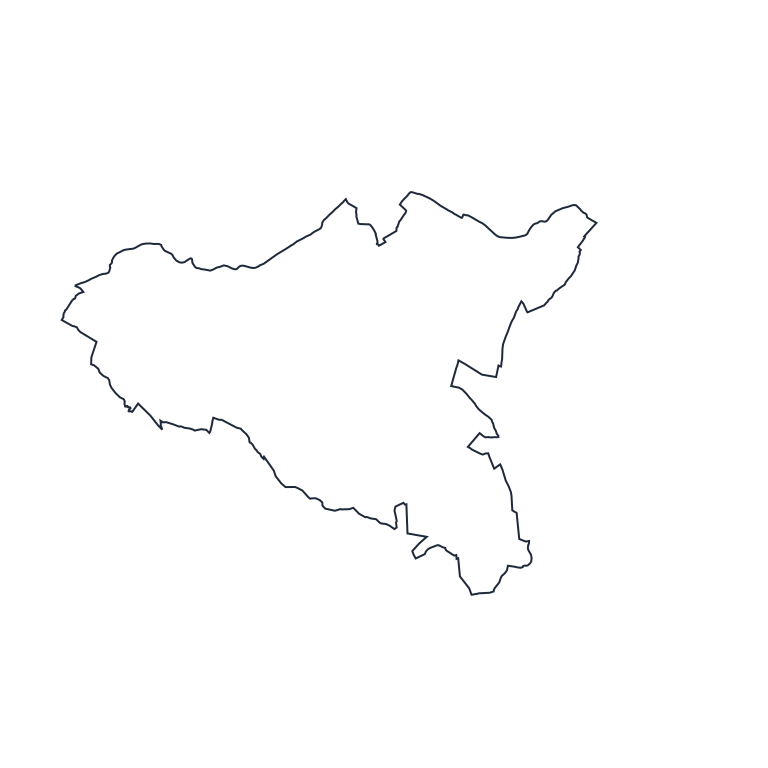 outline of Cenade, Alba, Romania, rotated 244°
{"feature_id": "2599482B32969381521315", "entity_name": "Cenade", "entity_type": "district", "adm_level": 2, "iso_a3": "ROU", "parent_name": "Romania", "parent_adm1": "Alba", "projection": "robinson", "projection_center": [24.001, 46.05], "detail": "fine", "context": "isolated", "style": "outline", "palette": "slate", "viewbox_px": 768, "rotation_deg": 244, "n_neighbors": 0, "source": "geoboundaries", "source_scale": "gbopen_adm2", "svg_char_len": 6166}
<svg xmlns="http://www.w3.org/2000/svg" viewBox="0 0 768 768"><g transform="rotate(244 384 384)"><path d="M607.9,150.1L607.2,149.6L604.3,152.2L602.8,153.1L598.5,154.1L599.1,149.6L598.3,145.5L596.4,144.0L596.3,143.3L596.5,143.0L596.5,142.5L595.7,140.1L590.3,131.3L590.0,130.5L589.9,129.6L588.9,128.8L587.9,127.2L586.2,125.9L584.5,125.1L582.8,122.4L572.7,129.4L571.6,131.0L569.5,132.8L566.4,133.0L563.7,133.9L547.9,144.1L536.3,132.7L530.1,129.4L527.6,131.8L522.7,133.9L519.0,133.5L514.2,135.4L510.3,138.4L507.9,138.7L503.5,137.4L499.9,137.4L493.7,138.7L487.8,140.8L484.6,143.3L482.9,143.5L481.7,143.2L480.1,142.1L477.2,141.5L476.6,142.5L477.0,143.3L476.7,143.8L475.3,143.8L474.4,145.5L473.9,145.6L473.1,145.3L473.0,144.1L471.7,142.6L471.0,142.9L470.5,144.6L469.3,145.5L474.2,154.4L458.2,160.1L445.9,162.8L440.1,164.7L444.6,165.1L446.3,166.1L449.0,167.0L446.5,168.4L445.2,171.5L440.4,176.6L435.4,181.3L435.3,182.1L434.7,183.2L432.1,185.5L429.0,190.1L426.9,192.2L425.1,193.5L423.5,199.9L420.7,204.2L416.6,205.5L417.4,206.9L423.9,212.3L425.6,213.3L428.5,215.8L424.2,220.0L423.0,222.4L409.2,232.5L406.6,235.7L405.1,236.0L399.0,238.4L394.7,239.0L390.9,237.7L390.1,237.8L389.8,238.4L387.3,239.3L382.4,239.6L381.0,240.2L378.0,240.7L375.5,242.1L372.4,241.9L369.6,242.9L370.8,243.6L371.3,244.3L354.2,247.0L348.7,246.2L339.7,248.1L334.5,250.3L330.5,258.8L328.8,260.4L324.1,263.9L315.7,266.3L313.3,267.3L312.8,269.2L311.2,272.6L307.9,275.3L304.6,276.6L301.6,275.4L297.8,276.5L291.6,284.3L290.6,290.3L289.5,291.4L289.2,292.5L286.7,297.9L286.2,302.1L278.4,304.7L272.4,308.8L272.0,310.3L269.0,313.1L266.0,317.6L261.1,319.4L260.1,320.1L257.3,324.4L254.1,327.0L249.0,329.8L249.5,332.5L254.0,334.0L255.3,335.4L265.8,338.0L268.8,340.6L268.7,349.4L266.5,349.9L266.1,351.4L239.4,339.6L227.9,355.4L225.1,345.3L221.4,336.2L217.6,335.8L213.3,336.0L213.2,346.1L215.1,348.3L216.2,350.8L216.4,353.9L215.8,360.7L215.3,362.3L211.1,365.6L209.9,367.2L208.3,366.8L206.7,367.2L199.0,371.9L198.6,374.0L195.0,372.6L194.9,374.3L177.8,367.9L163.0,371.0L156.2,370.3L155.2,373.5L155.2,374.3L154.6,375.1L154.4,377.2L150.0,387.6L149.5,391.6L150.8,392.5L152.1,394.2L155.0,400.4L158.9,404.4L159.9,405.9L160.8,409.3L162.2,412.1L162.9,413.0L166.3,415.7L162.6,421.2L160.4,423.9L158.8,426.6L158.7,428.6L159.3,429.0L159.3,430.3L159.1,431.0L158.3,432.2L158.0,433.3L158.1,434.5L158.9,436.9L160.0,438.6L163.1,440.5L166.5,441.3L171.4,440.9L173.6,441.4L176.2,443.2L176.9,444.2L179.3,445.6L180.0,443.1L180.5,442.1L185.4,437.6L210.0,446.7L214.1,443.9L227.9,449.7L231.5,450.7L237.3,451.2L243.9,451.1L255.1,452.9L260.4,453.2L260.8,453.2L260.8,452.9L259.6,445.9L272.6,446.8L276.0,447.3L277.1,444.7L277.2,442.1L277.7,441.4L279.4,439.8L286.4,434.4L288.5,433.4L290.7,431.8L297.9,448.4L293.4,450.5L291.6,451.8L290.6,454.4L288.9,457.0L287.8,460.0L286.6,462.2L286.2,463.6L287.6,464.1L289.8,463.5L292.9,464.0L296.3,463.8L300.9,464.8L301.8,464.6L304.8,465.0L308.6,463.5L313.3,460.9L319.7,458.1L323.8,457.2L326.8,457.0L331.4,455.8L333.4,455.1L338.7,453.9L344.6,452.0L347.8,449.8L352.7,443.5L366.5,455.8L369.1,458.5L372.6,461.3L366.4,465.6L349.5,476.1L341.1,487.8L350.4,495.0L349.4,495.7L348.4,496.8L349.1,497.4L351.8,499.0L354.3,500.9L364.2,506.2L367.7,508.6L373.5,514.5L376.0,517.4L382.9,524.6L384.7,526.8L386.5,529.6L391.5,534.9L392.6,536.9L394.1,538.3L398.1,543.7L395.2,544.5L386.3,544.2L385.5,544.4L384.5,562.5L385.9,565.8L386.1,566.7L387.6,569.2L388.2,572.5L389.4,574.3L391.3,576.4L392.3,578.6L392.5,579.5L392.2,580.4L392.7,581.6L393.4,585.0L394.0,589.8L394.8,591.0L395.8,591.9L398.1,596.7L399.0,599.3L402.6,605.4L405.9,608.5L408.1,611.4L411.6,613.9L413.4,614.8L414.3,616.3L415.8,617.5L417.2,617.7L418.1,619.6L422.0,618.2L425.2,624.7L427.5,628.5L427.9,629.1L428.9,628.6L435.7,645.6L442.6,640.9L444.7,639.6L447.5,640.3L449.0,639.7L450.5,638.4L452.1,637.8L452.7,637.4L455.2,636.9L460.3,635.0L461.3,633.8L462.1,631.6L462.4,628.3L463.7,621.6L464.1,613.8L462.7,608.4L459.8,603.4L459.1,601.4L459.2,600.6L459.6,599.3L461.0,597.5L461.8,595.7L461.4,592.2L461.9,590.0L461.7,587.9L459.9,584.0L458.5,581.7L456.0,578.4L455.7,576.3L456.8,570.8L458.0,566.2L459.1,563.2L461.7,558.3L465.3,552.4L467.2,550.7L469.7,549.4L482.0,544.6L485.0,543.1L488.3,540.6L495.4,535.9L498.9,533.3L499.9,531.3L501.2,530.2L501.4,529.6L499.4,527.3L499.2,526.9L499.6,526.3L502.6,524.2L504.4,523.1L506.1,521.7L508.1,520.8L512.4,517.5L513.6,516.9L519.0,513.2L526.7,509.1L530.7,506.5L536.9,501.5L539.6,498.7L540.3,497.3L543.5,494.0L544.7,492.4L544.5,490.7L542.9,487.3L540.4,480.4L538.3,476.9L531.2,479.6L529.8,479.8L528.2,478.1L527.1,475.8L524.0,470.6L523.4,469.0L519.5,465.2L519.2,464.9L519.3,464.2L519.0,463.9L516.1,462.2L515.0,447.5L514.6,447.0L510.9,447.5L510.5,440.1L511.7,440.0L512.8,438.9L513.3,439.2L513.8,440.1L515.2,440.7L522.2,442.1L522.6,442.5L526.2,442.5L530.0,442.1L532.8,441.4L533.9,440.8L538.1,432.9L539.4,431.2L547.0,432.7L548.0,433.4L550.8,434.2L554.1,436.4L562.0,431.1L563.9,430.7L566.9,430.7L566.0,428.1L565.4,427.1L564.8,424.7L563.4,420.7L562.6,417.2L561.1,413.0L560.2,409.6L558.3,404.4L557.8,402.1L557.2,400.9L555.9,399.1L554.6,398.5L552.1,396.1L552.0,395.3L551.5,394.4L551.4,388.4L551.0,385.6L550.5,383.7L550.7,377.8L550.4,375.8L550.3,368.2L549.3,363.6L549.2,361.4L548.4,354.8L547.5,344.6L544.8,328.6L545.1,324.0L544.7,323.1L544.8,319.6L545.4,317.7L546.9,315.3L551.2,310.5L552.4,308.8L552.9,307.3L553.1,305.7L552.1,302.7L552.0,301.7L552.2,300.6L554.4,298.1L558.3,295.2L560.8,292.1L561.3,287.3L561.9,285.2L561.8,280.2L562.1,277.5L565.3,273.3L567.4,270.0L568.9,268.7L570.4,266.4L571.7,265.6L576.3,264.9L578.0,265.3L579.7,266.0L580.5,266.1L581.3,265.9L581.7,265.1L581.8,264.1L581.0,258.1L581.7,255.4L583.2,253.3L585.9,251.5L589.5,250.5L592.9,250.4L594.5,249.7L599.2,245.9L600.7,245.0L605.3,244.4L606.7,244.7L608.4,243.2L609.2,242.0L610.6,238.7L612.7,235.7L614.5,231.8L615.3,229.4L615.8,227.1L615.4,218.5L617.9,211.1L618.5,208.4L618.3,204.2L618.4,201.2L617.3,198.1L616.3,196.3L614.2,193.6L612.9,193.1L611.8,191.9L611.2,189.8L610.5,189.4L608.6,189.0L605.6,186.3L604.9,185.2L604.9,183.4L605.3,181.8L606.2,179.4L606.7,175.6L606.6,172.1L606.9,167.1L606.7,164.0L606.8,159.6L607.5,155.7L607.9,150.1Z" fill="none" stroke="#1e293b" stroke-width="2"/></g></svg>